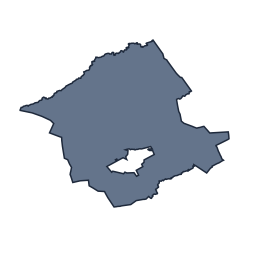 outline of Shurugwi, Midlands, Zimbabwe, rotated 241°
{"feature_id": "62879985B74735389049647", "entity_name": "Shurugwi", "entity_type": "district", "adm_level": 2, "iso_a3": "ZWE", "parent_name": "Zimbabwe", "parent_adm1": "Midlands", "projection": "natural_earth1", "projection_center": [30.229, -19.744], "detail": "fine", "context": "isolated", "style": "filled", "palette": "slate", "viewbox_px": 256, "rotation_deg": 241, "n_neighbors": 0, "source": "geoboundaries", "source_scale": "gbopen_adm2", "svg_char_len": 5841}
<svg xmlns="http://www.w3.org/2000/svg" viewBox="0 0 256 256"><g transform="rotate(241 128 128)"><path d="M132.4,57.7L129.5,59.9L124.9,59.4L120.9,59.5L117.8,56.9L116.9,56.0L115.3,54.8L113.5,54.6L107.1,53.3L105.0,60.6L101.5,68.1L96.3,66.0L92.7,68.2L87.3,71.2L83.8,76.7L81.9,76.6L76.9,76.6L65.7,77.5L64.7,80.0L64.4,81.0L63.4,83.0L63.0,84.7L59.7,93.3L60.5,100.0L58.2,106.7L57.7,107.6L57.1,109.4L58.1,112.9L55.8,113.7L55.2,114.2L55.2,114.6L55.5,114.9L55.8,115.4L56.1,116.5L56.9,116.5L57.1,116.6L57.0,116.9L57.3,117.7L57.6,118.0L57.5,118.9L56.8,119.6L56.6,120.3L56.6,120.8L56.3,121.5L56.4,121.9L56.8,122.2L57.4,122.1L57.6,122.2L58.2,122.0L59.1,122.4L59.5,122.2L60.2,122.4L60.7,122.3L61.0,122.5L60.9,123.3L61.0,124.0L61.4,124.8L61.3,125.6L61.6,126.1L62.0,125.9L62.9,126.4L63.4,126.2L63.8,126.3L64.2,126.7L64.5,128.0L64.8,128.6L65.7,129.3L66.5,129.4L66.6,129.5L66.5,129.8L66.0,130.4L65.4,131.3L65.3,131.6L65.7,132.5L65.6,133.0L65.0,133.4L64.8,133.5L65.1,134.3L65.3,136.0L65.1,136.3L64.7,136.3L64.5,136.6L64.3,137.7L64.1,138.1L63.9,139.1L63.6,139.5L63.1,139.9L62.7,141.0L62.7,141.4L63.4,141.2L63.5,141.4L63.2,143.2L63.3,143.8L63.6,144.2L63.4,145.1L63.4,146.0L62.6,148.0L62.5,150.2L61.7,152.1L62.4,152.8L62.7,152.9L62.7,153.3L62.4,154.1L63.1,155.1L63.1,155.3L62.8,155.7L62.5,156.3L62.1,158.5L61.2,159.6L61.5,160.0L62.0,160.1L62.3,160.3L62.4,160.6L62.3,160.9L62.1,161.1L61.9,161.1L61.7,160.9L61.4,161.0L61.4,161.8L61.5,163.2L61.4,165.0L61.6,165.6L61.9,165.9L63.1,166.3L62.5,167.3L62.5,167.9L62.8,167.8L63.3,167.5L64.0,167.8L61.5,169.3L50.5,175.0L52.9,180.7L53.0,182.7L53.8,183.0L53.7,188.4L53.4,190.9L53.6,194.3L53.5,195.9L55.5,195.1L57.8,195.5L60.0,195.5L61.4,195.7L64.0,195.8L68.0,196.5L69.7,196.3L70.1,196.5L69.5,209.6L69.6,211.1L73.1,212.7L76.0,213.8L84.0,197.1L92.6,195.2L92.9,194.4L93.6,191.3L94.2,189.6L94.5,188.1L97.7,185.4L97.8,185.4L105.0,179.2L108.1,178.0L114.8,180.2L117.9,180.4L123.5,182.2L129.2,184.2L129.5,184.7L129.4,185.8L129.1,186.8L128.4,187.1L128.2,187.3L128.1,187.9L128.1,188.4L128.8,190.2L129.3,190.9L129.5,191.6L129.4,191.9L128.8,192.3L128.3,193.0L128.3,193.3L128.8,194.2L129.1,195.0L128.9,195.6L129.1,196.6L128.3,197.8L128.4,198.1L129.7,198.9L130.0,199.2L130.0,199.4L129.4,200.3L129.6,201.4L146.1,199.5L147.0,198.3L150.7,197.2L152.9,196.7L160.2,195.8L167.7,194.9L168.7,194.9L171.4,193.2L175.9,194.4L192.8,192.5L192.8,191.4L192.1,191.1L193.3,185.2L193.1,184.9L192.4,185.0L191.6,185.3L191.1,185.3L190.9,184.9L191.7,182.5L191.7,181.5L191.5,180.7L191.5,180.2L191.7,179.8L192.0,179.6L192.1,180.0L192.3,180.0L192.4,179.0L192.7,178.7L193.3,178.8L194.7,179.4L195.4,179.3L195.9,178.8L196.7,177.0L197.0,176.7L197.6,177.4L198.0,177.4L198.3,176.9L198.2,175.3L198.5,174.6L199.1,174.4L199.5,173.9L200.5,171.9L200.6,171.2L201.4,170.0L201.4,169.3L201.3,169.1L200.9,169.0L200.5,169.4L200.2,169.5L198.7,167.6L198.2,167.7L197.9,167.6L197.9,167.3L198.0,167.1L198.9,166.5L199.1,165.9L199.0,165.3L198.9,165.1L198.6,165.1L197.9,165.5L197.2,165.0L197.1,164.5L197.9,163.0L197.3,161.7L196.6,160.9L196.8,160.6L197.8,160.5L198.0,160.4L198.7,159.9L199.0,159.3L198.6,158.6L198.1,157.9L198.3,156.9L197.8,156.4L197.8,155.8L198.3,155.1L198.9,154.7L199.0,154.4L199.0,153.7L199.2,153.3L199.0,153.0L198.7,152.9L198.6,152.4L198.0,152.0L198.1,151.8L198.3,151.1L198.5,151.1L198.9,151.0L199.2,151.1L200.2,151.7L200.8,152.0L201.2,151.8L201.6,151.2L201.7,150.8L201.5,150.3L201.0,149.8L200.8,149.4L201.1,149.0L201.5,147.9L202.4,147.6L203.0,146.7L203.6,144.5L203.5,144.3L203.5,143.9L203.6,143.5L202.8,142.0L202.9,141.3L202.8,140.8L203.2,140.3L203.0,139.0L203.2,138.2L203.9,136.2L204.2,135.8L204.8,135.4L205.5,134.2L205.3,134.0L204.7,133.8L204.6,133.7L204.2,132.6L203.5,131.6L203.4,131.1L203.1,130.8L202.7,130.9L202.8,130.2L203.4,129.5L203.4,129.1L203.2,128.7L203.3,128.4L201.9,127.9L201.5,127.5L201.0,127.4L200.6,127.6L200.2,126.5L200.6,126.1L200.7,125.8L200.6,125.2L200.1,124.9L200.1,124.6L199.9,124.4L200.0,124.2L199.8,123.8L199.3,123.7L199.1,123.5L198.4,123.2L197.7,122.2L197.7,121.3L198.2,120.3L198.4,119.5L198.2,117.7L198.5,117.0L198.5,116.5L196.9,116.2L196.3,115.7L196.2,115.5L196.1,114.8L195.8,114.5L195.7,114.2L195.9,113.6L195.7,113.1L195.5,111.9L194.5,110.9L194.4,110.8L194.9,110.0L195.6,109.2L195.5,108.9L195.2,108.4L195.1,107.7L195.6,106.5L195.2,105.9L195.0,104.7L195.1,103.8L194.9,102.7L195.0,101.9L194.3,101.0L194.3,100.1L194.6,99.1L194.5,98.3L194.7,96.9L194.6,95.9L194.6,95.3L194.8,94.4L193.9,92.5L193.6,89.1L193.1,87.6L194.0,86.3L194.5,83.5L194.4,83.4L193.7,83.1L193.6,82.9L193.6,82.3L193.8,81.9L193.9,80.3L193.1,79.4L192.4,78.8L192.5,78.3L192.2,77.9L192.4,77.4L192.0,77.1L191.7,76.7L191.9,76.4L192.1,76.3L192.2,76.2L192.0,75.3L192.1,74.8L192.0,74.4L192.2,73.9L192.3,73.5L192.5,73.3L192.2,72.5L192.2,72.0L192.6,71.3L193.9,70.9L193.8,70.7L193.5,70.5L193.5,70.3L195.1,69.9L195.5,69.4L195.9,69.1L195.8,67.7L195.1,66.8L194.5,66.6L194.3,65.6L194.8,64.5L194.6,63.0L194.0,61.7L194.6,60.3L195.1,58.8L195.0,58.3L195.0,56.7L195.8,54.2L195.7,53.3L195.9,52.4L195.6,51.3L196.5,51.0L197.1,49.9L197.2,48.6L197.7,47.0L197.2,45.8L197.8,44.5L196.0,42.3L195.7,42.2L187.7,51.5L180.0,58.3L172.3,63.9L167.9,65.2L161.8,57.0L153.3,64.2L153.0,64.5L152.0,65.4L149.1,64.0L143.8,61.8L132.4,57.7ZM81.6,112.1L86.0,111.6L89.2,105.2L90.9,103.9L90.1,102.0L97.6,93.7L97.2,92.3L104.6,90.8L104.5,101.8L106.3,101.6L106.3,103.1L104.5,103.2L104.4,109.3L101.1,111.6L102.6,111.7L104.2,112.3L104.5,113.5L105.2,115.0L108.2,117.0L110.2,115.2L109.9,116.7L109.2,118.8L108.8,119.3L107.9,119.5L107.7,120.9L106.8,122.1L106.4,123.0L106.2,122.9L106.0,123.0L105.4,123.6L105.3,124.6L105.0,125.5L104.5,126.3L104.5,127.0L104.3,127.9L104.1,128.1L103.9,128.7L103.5,129.0L103.1,129.8L100.8,138.8L98.0,139.0L99.2,136.7L99.8,135.7L99.4,135.0L97.9,135.9L96.3,138.6L92.1,138.1L92.3,126.6L90.2,125.3L89.7,122.4L87.0,122.2L87.0,114.7L81.6,114.4L81.6,112.1Z" fill="#64748b" stroke="#1e293b" stroke-width="1.5"/></g></svg>